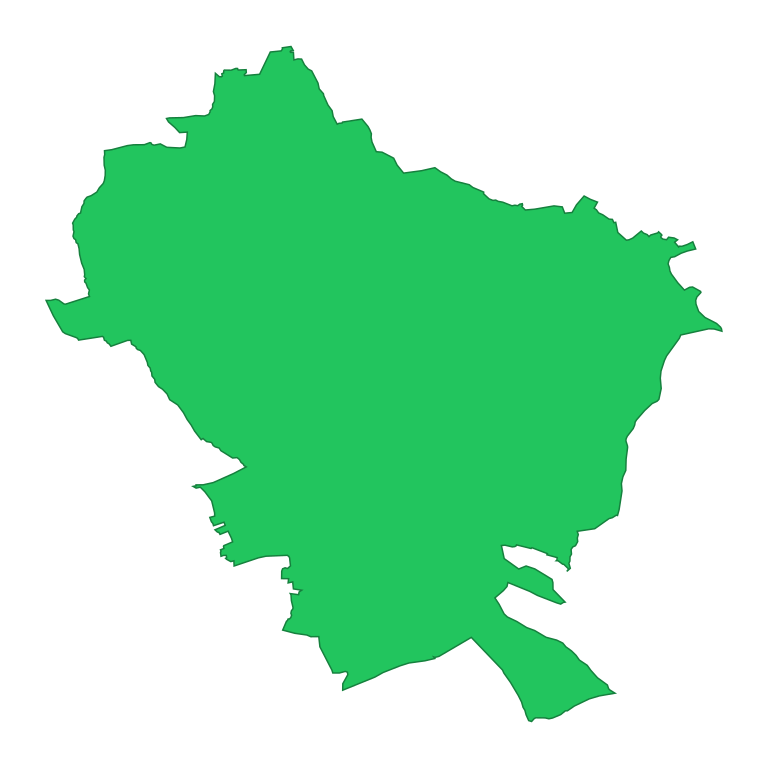 the district of Madulari, Vâlcea, Romania
{"feature_id": "2599482B97246339752941", "entity_name": "Madulari", "entity_type": "district", "adm_level": 2, "iso_a3": "ROU", "parent_name": "Romania", "parent_adm1": "Vâlcea", "projection": "natural_earth1", "projection_center": [24.096, 44.675], "detail": "fine", "context": "isolated", "style": "filled", "palette": "green", "viewbox_px": 768, "rotation_deg": 0, "n_neighbors": 0, "source": "geoboundaries", "source_scale": "gbopen_adm2", "svg_char_len": 6043}
<svg xmlns="http://www.w3.org/2000/svg" viewBox="0 0 768 768"><path d="M531.6,721.5L534.1,718.7L535.7,717.8L545.1,717.9L548.9,718.8L552.6,718.0L560.7,714.6L565.4,710.8L567.4,710.8L574.4,706.0L589.2,698.9L599.3,695.9L615.0,693.2L609.9,690.0L608.6,688.7L607.4,685.0L597.5,677.8L590.8,670.3L587.2,665.3L579.4,660.1L576.0,655.3L571.6,651.0L565.8,646.8L562.8,643.1L556.7,640.1L546.1,637.3L534.6,630.5L526.7,627.6L516.8,621.5L507.4,617.0L504.1,613.9L499.1,604.3L494.9,597.9L503.4,590.6L507.0,586.5L507.9,582.5L529.8,591.4L537.4,595.4L556.5,602.8L560.7,604.1L563.4,602.4L565.1,602.1L553.0,589.6L552.9,582.6L552.0,579.4L534.8,568.9L526.1,566.0L518.7,569.0L504.2,558.6L501.4,545.5L505.0,545.2L512.3,546.9L514.8,546.6L516.2,545.8L516.5,544.9L531.1,548.5L531.9,547.7L547.4,553.6L546.9,554.8L557.2,557.6L556.9,560.2L556.3,560.7L558.1,560.8L562.5,564.1L563.9,564.4L568.6,569.0L566.8,571.4L570.3,568.3L568.9,563.3L569.9,561.1L570.0,556.8L571.5,554.1L571.1,549.5L572.7,547.0L575.5,545.7L577.7,541.6L577.3,538.0L578.3,534.6L577.2,531.3L594.8,528.7L609.0,518.6L612.3,517.7L616.3,515.2L617.5,515.5L619.1,509.7L622.0,490.9L621.4,483.6L622.9,476.8L625.8,470.4L626.1,459.1L627.6,447.5L627.5,446.0L625.9,440.9L626.1,438.8L627.3,436.2L633.2,428.6L634.7,425.0L635.2,422.0L636.6,419.8L644.7,410.5L652.2,403.5L657.0,401.3L658.9,399.4L661.2,388.5L660.3,378.2L661.0,371.1L664.4,360.6L666.6,355.9L679.3,338.4L680.7,335.0L708.7,328.8L714.2,329.0L721.9,331.2L721.5,328.9L720.6,327.2L716.6,323.5L705.0,317.5L698.7,311.5L696.0,304.1L695.7,300.3L696.9,296.9L700.9,292.5L700.6,291.4L692.6,287.0L689.6,287.3L684.4,290.1L677.8,282.8L671.4,274.1L669.9,270.9L669.4,267.5L668.1,263.9L668.9,260.6L670.8,257.4L674.7,256.7L681.2,253.2L687.4,251.0L695.7,249.0L692.8,241.8L687.3,244.5L682.0,246.3L679.3,246.2L678.7,247.0L674.6,242.2L677.6,239.8L674.2,238.0L668.6,237.2L666.6,239.7L662.9,239.1L661.0,237.6L660.8,236.4L661.8,235.5L661.7,234.7L658.6,231.8L657.8,232.9L650.7,235.0L649.0,236.6L647.2,234.6L643.5,233.1L641.3,231.0L632.7,238.1L629.0,239.8L626.4,240.2L617.8,232.5L615.7,222.3L613.9,222.7L612.4,219.4L609.0,219.1L602.8,214.8L598.6,212.9L596.4,209.8L594.1,208.2L597.5,202.1L590.3,199.3L584.1,196.0L576.5,204.8L572.1,212.5L564.7,213.2L562.3,206.9L554.0,205.9L534.6,209.2L525.3,210.0L521.7,206.4L522.6,205.2L522.3,203.7L519.7,204.2L517.8,205.7L514.9,205.2L512.0,205.8L502.8,202.2L498.0,201.3L495.8,200.1L492.9,200.4L489.1,198.9L483.6,193.8L483.7,192.1L472.9,187.5L469.2,184.7L455.2,181.2L451.3,178.9L447.0,175.1L440.6,171.8L434.9,167.7L421.6,170.7L403.6,173.1L397.1,165.1L393.7,158.2L382.1,152.2L376.3,151.7L372.0,142.0L371.1,137.3L371.4,133.8L369.9,130.0L368.0,126.5L361.9,119.1L342.5,122.1L342.0,123.1L339.0,123.3L337.2,124.2L333.2,116.6L332.1,110.7L328.0,105.1L323.8,95.8L323.4,93.7L319.2,88.9L318.0,83.1L311.7,70.9L308.2,69.1L304.5,64.9L301.6,59.1L297.9,58.9L293.9,59.9L293.4,52.3L290.5,52.4L290.2,51.5L290.6,50.9L293.2,50.4L291.0,46.5L282.3,47.8L282.4,49.2L281.1,50.9L270.3,52.0L259.6,74.3L244.5,75.6L244.3,74.5L246.3,72.6L246.1,69.7L238.6,70.0L237.9,69.7L237.6,68.5L235.9,68.4L231.1,70.2L224.3,70.1L223.8,70.7L223.6,73.0L221.8,73.8L222.3,76.2L221.5,76.8L219.3,76.7L215.4,73.3L214.9,83.6L213.4,91.6L214.6,95.7L214.4,101.5L212.6,104.3L212.7,107.0L211.9,109.0L210.1,110.5L210.1,111.9L208.7,114.5L204.5,116.0L195.6,115.6L183.4,117.6L169.5,117.9L166.5,118.5L168.5,121.9L174.9,127.5L179.6,132.6L187.3,132.1L186.8,139.4L185.0,147.0L179.9,148.0L166.8,147.3L160.3,143.9L154.0,145.2L151.7,144.3L151.1,143.0L150.0,142.6L144.3,144.7L133.5,144.8L127.4,145.6L111.7,149.7L104.5,150.7L104.7,154.6L104.0,157.3L104.2,165.3L105.3,170.1L105.2,175.4L104.3,180.8L103.2,183.5L99.4,187.7L96.8,192.1L91.1,195.7L87.1,197.1L85.9,198.4L84.1,200.9L84.0,203.4L81.9,206.7L80.5,213.1L78.7,213.7L76.9,215.9L76.6,217.3L74.8,219.1L72.6,223.2L73.2,224.9L73.3,230.0L74.0,231.5L73.0,236.2L74.0,238.6L75.6,239.7L76.2,242.6L77.9,243.8L79.1,248.7L79.6,254.5L81.7,263.2L84.2,269.4L84.7,274.8L84.3,276.7L86.0,278.6L84.6,280.1L84.7,281.9L86.0,283.2L87.6,287.6L89.4,290.0L88.5,293.9L89.5,296.5L65.4,304.2L63.9,303.9L58.8,300.2L55.6,299.2L50.7,300.4L46.1,300.4L53.3,315.7L62.7,331.8L65.3,333.6L76.3,337.6L77.6,338.4L78.6,340.1L102.4,336.4L103.6,337.3L104.4,340.2L106.3,341.1L107.3,342.8L109.3,344.0L110.9,346.3L127.5,340.4L130.8,340.3L131.6,344.1L135.9,346.7L136.2,348.1L137.5,349.5L140.4,350.5L144.1,354.6L147.3,362.3L147.9,365.4L150.2,368.1L150.7,370.9L151.6,372.2L152.0,376.0L154.7,379.3L155.1,382.4L158.5,386.6L162.5,389.2L167.1,394.0L169.7,399.7L177.7,404.9L183.5,412.7L187.1,419.4L191.2,425.1L194.6,431.1L201.2,439.7L203.0,438.5L206.6,441.6L211.0,442.3L212.0,443.1L213.2,445.5L215.2,446.9L219.1,448.0L220.9,450.7L232.6,458.0L237.1,457.6L239.5,459.6L241.0,462.3L243.4,464.3L244.0,465.6L246.2,466.9L233.6,473.5L213.2,482.6L203.2,484.8L196.1,484.9L196.3,485.7L193.1,486.4L196.1,488.1L200.3,487.2L204.9,491.8L211.7,500.9L214.6,512.8L214.7,516.1L209.8,517.4L211.4,521.7L212.9,523.5L213.5,525.7L224.0,522.2L225.2,525.4L215.0,529.8L217.3,532.0L219.0,532.5L220.0,534.4L228.1,531.2L231.5,538.3L232.6,541.9L223.9,545.6L223.5,546.2L223.9,548.5L220.5,549.8L221.0,551.0L220.5,552.5L221.0,556.3L223.6,555.4L226.3,555.4L226.7,557.7L225.6,558.3L226.6,559.3L230.8,561.6L233.9,560.8L234.1,566.0L258.5,557.8L266.0,556.2L287.3,555.3L288.9,556.5L289.6,557.9L290.5,565.9L287.5,568.5L285.1,567.8L282.6,568.8L281.7,571.2L281.6,578.6L288.6,578.7L288.1,582.9L292.7,581.9L293.4,588.9L301.7,590.2L299.1,592.0L298.6,594.7L290.3,593.6L291.0,594.8L291.4,600.7L293.0,607.4L292.9,608.8L291.4,610.8L290.9,613.3L291.6,615.2L290.8,617.6L289.5,618.9L288.1,619.0L287.4,620.6L286.5,621.2L282.7,630.1L294.8,633.3L306.8,635.0L310.8,636.7L318.8,636.6L319.9,646.8L331.9,670.1L332.8,673.0L339.4,673.0L345.3,671.4L347.4,672.2L347.8,674.7L342.8,683.7L342.7,690.2L374.9,677.1L383.1,672.5L399.8,665.9L408.9,663.0L424.9,660.8L434.8,658.5L433.8,657.0L434.9,657.4L438.9,656.4L471.3,637.4L502.5,670.0L503.9,673.1L510.5,682.4L518.3,695.5L521.6,702.1L523.1,707.4L524.9,710.3L526.1,714.8L528.7,720.6L531.6,721.5Z" fill="#22c55e" stroke="#15803d" stroke-width="1.5"/></svg>